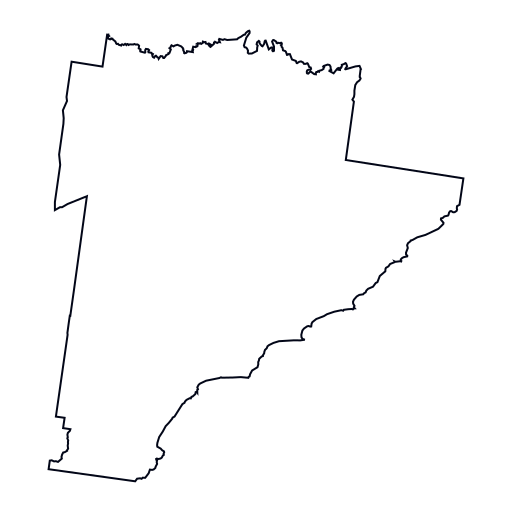 Surf Coast, Victoria, Australia (Equal Earth projection)
{"feature_id": "25037944B61768543919434", "entity_name": "Surf Coast", "entity_type": "district", "adm_level": 2, "iso_a3": "AUS", "parent_name": "Australia", "parent_adm1": "Victoria", "projection": "equal_earth", "projection_center": [144.106, -38.34], "detail": "fine", "context": "isolated", "style": "outline", "palette": "ink", "viewbox_px": 512, "rotation_deg": 0, "n_neighbors": 0, "source": "geoboundaries", "source_scale": "gbopen_adm2", "svg_char_len": 5802}
<svg xmlns="http://www.w3.org/2000/svg" viewBox="0 0 512 512"><path d="M135.2,481.3L137.1,478.7L140.1,478.3L141.6,478.8L142.7,477.7L145.2,477.8L148.7,473.2L149.9,469.6L152.1,469.9L153.6,469.5L155.3,468.0L155.7,466.5L157.1,463.9L156.7,462.1L157.2,459.9L156.3,459.8L156.1,459.0L156.8,458.6L157.1,459.1L159.0,458.9L160.6,458.5L161.8,457.6L162.8,455.6L163.8,454.9L163.6,453.7L164.2,452.2L163.9,451.3L162.2,450.3L160.7,448.6L157.3,446.7L157.1,445.0L157.4,442.8L159.2,437.0L162.8,431.5L165.7,426.1L168.7,423.0L172.2,418.7L172.6,417.6L174.5,416.6L182.4,404.1L184.5,402.8L185.0,401.5L186.5,399.9L189.7,398.2L190.8,398.4L191.5,396.8L192.6,396.5L195.3,394.1L195.7,392.1L196.8,391.9L197.3,392.6L197.2,390.0L198.0,389.3L197.3,387.3L198.7,384.7L200.2,383.5L206.1,380.7L219.5,378.0L221.0,377.3L221.8,377.7L233.1,377.5L240.7,377.1L248.3,377.8L248.6,376.9L249.6,376.4L250.1,374.2L252.1,370.5L257.5,367.2L258.3,364.3L258.2,362.1L258.9,360.5L259.2,358.8L261.8,356.4L262.9,356.1L263.0,355.2L264.2,353.2L264.3,352.0L265.0,349.9L266.7,348.3L267.5,346.3L269.0,345.1L273.5,342.9L279.0,341.2L294.2,340.3L300.3,340.4L304.8,339.7L302.5,338.9L301.5,337.3L301.3,334.8L302.4,330.5L304.0,328.5L307.2,326.3L308.6,326.0L310.3,326.6L311.2,326.5L311.6,323.6L312.4,322.1L316.3,319.0L323.9,316.1L327.0,314.2L334.3,311.7L341.3,310.2L343.2,310.7L343.8,309.8L348.3,309.2L351.9,309.0L352.9,309.4L353.8,308.5L354.8,308.4L353.8,307.2L354.5,305.9L353.2,303.7L353.0,301.8L353.9,299.7L356.7,296.5L359.3,294.9L363.2,294.3L364.1,293.2L365.6,292.4L366.3,290.6L368.1,288.8L373.0,286.7L375.7,283.0L377.4,282.2L379.8,276.0L385.3,271.3L385.5,268.8L386.0,267.8L388.4,266.4L390.1,264.0L394.5,262.2L395.0,261.8L394.8,261.5L395.5,261.8L400.5,261.2L401.1,261.5L401.3,261.1L400.8,260.8L400.8,259.4L402.0,258.1L403.6,257.2L407.2,256.4L407.3,255.7L406.1,254.5L406.0,252.7L407.8,248.0L407.1,245.2L408.0,243.2L410.6,241.1L410.7,240.5L412.5,240.0L417.3,237.3L425.5,234.9L438.4,228.8L443.3,224.0L443.5,222.8L440.9,219.7L441.0,218.4L442.8,217.9L444.4,216.4L448.0,215.6L448.5,214.9L449.1,212.5L450.3,211.1L451.4,211.1L452.7,212.1L453.8,212.3L454.8,212.1L456.6,210.9L457.1,209.5L456.8,208.2L457.0,206.2L459.5,204.8L463.4,178.4L345.8,160.0L353.9,101.6L352.4,99.6L354.0,96.8L354.4,94.2L354.4,90.6L355.3,85.0L357.1,82.2L359.4,80.5L360.6,78.6L360.1,77.3L359.8,77.2L359.7,76.2L360.6,69.3L360.9,69.1L359.5,65.9L355.5,66.4L345.6,69.3L345.3,69.2L345.4,68.6L347.1,66.2L346.1,63.5L345.4,63.1L343.9,64.1L341.8,64.8L341.9,65.9L341.4,67.4L341.0,67.9L340.4,67.6L339.8,68.2L340.1,68.6L340.0,70.0L338.1,69.7L338.6,68.2L338.3,68.0L337.3,68.6L333.6,73.3L329.4,71.0L329.6,70.4L330.9,70.5L331.3,70.1L330.7,68.6L330.5,66.5L329.5,65.0L327.6,64.6L323.6,66.0L323.2,66.6L324.1,67.2L323.6,68.0L323.5,68.9L321.7,70.1L319.4,70.7L319.1,71.7L318.1,71.2L317.6,71.9L316.3,72.0L315.8,73.0L315.9,74.3L314.2,74.1L310.9,71.7L309.8,72.0L308.3,73.6L307.3,73.5L306.9,73.1L306.8,71.5L307.2,70.4L308.5,69.7L310.3,69.8L311.1,68.9L310.7,67.5L309.3,67.1L307.8,63.6L307.2,63.2L305.7,63.9L304.0,63.9L303.0,62.4L301.0,61.4L299.2,61.8L297.1,63.2L296.7,63.1L295.8,60.9L292.0,59.5L289.9,54.1L288.3,54.1L287.7,54.8L287.0,54.9L285.9,51.8L285.3,51.1L283.0,50.3L282.5,47.7L281.6,46.8L281.6,45.8L281.0,45.2L281.8,44.2L281.8,43.3L281.1,42.7L279.9,43.2L278.5,42.8L277.2,43.3L276.5,42.9L276.3,41.7L273.7,40.0L272.9,40.2L272.1,41.6L274.0,46.5L274.0,50.7L273.7,51.1L272.8,51.2L272.3,50.5L272.6,48.1L272.0,47.4L271.0,47.6L268.8,49.4L265.7,40.6L265.2,40.6L264.7,41.2L264.1,44.0L262.5,46.3L261.8,46.0L260.3,44.2L259.5,43.0L259.5,41.5L258.8,40.9L257.1,42.3L256.6,44.3L257.7,45.6L257.2,47.4L257.0,50.9L251.9,53.5L248.7,53.6L247.8,52.8L248.0,50.6L247.0,48.5L246.0,47.5L244.6,47.2L243.9,45.5L246.3,37.7L249.6,33.0L249.6,31.3L249.2,30.7L247.9,31.2L245.8,33.0L245.0,34.6L243.7,34.8L240.9,36.8L238.3,38.1L237.1,39.3L227.2,40.0L224.5,39.2L222.9,39.9L219.3,38.9L218.9,39.7L219.9,42.2L218.8,42.0L217.2,43.0L215.0,41.8L214.6,42.6L214.0,42.6L213.9,43.9L210.5,46.9L209.9,46.5L209.7,45.0L210.4,44.4L209.1,43.6L208.7,45.0L208.0,44.0L205.9,43.5L205.5,42.0L203.7,42.3L203.7,41.9L202.9,41.6L202.6,43.0L201.2,43.9L200.2,43.2L199.7,43.6L197.8,43.2L197.0,43.8L197.8,44.1L197.4,46.1L196.7,46.2L196.5,46.7L195.8,46.5L195.4,47.1L193.2,46.7L192.5,49.4L192.9,49.2L193.2,49.7L192.6,51.2L192.8,52.1L187.0,51.2L186.9,52.2L186.3,52.8L184.5,53.3L184.1,53.0L184.1,51.6L183.3,50.5L183.4,49.2L182.9,48.8L182.9,48.1L181.2,46.4L177.4,44.8L174.7,45.6L173.5,46.4L171.5,45.3L170.7,46.5L170.5,47.6L169.5,48.2L170.8,49.5L169.5,52.9L168.4,53.2L168.5,54.0L165.9,55.3L165.7,56.1L164.1,58.0L163.3,58.0L162.4,56.3L160.6,56.1L158.7,58.8L158.4,57.7L157.4,57.3L156.0,55.7L155.4,55.8L154.1,57.7L152.9,57.0L152.3,55.7L152.9,54.1L151.9,53.9L151.5,52.8L148.5,52.3L148.3,51.4L149.1,50.1L148.1,49.2L145.9,48.9L145.2,50.1L145.3,52.3L144.9,52.7L140.4,51.5L140.1,50.9L140.6,49.9L140.5,49.3L138.7,48.4L139.1,45.8L138.2,44.8L137.2,44.4L135.9,44.6L134.3,44.0L133.4,44.5L129.8,44.4L128.5,45.0L127.7,44.0L126.8,44.2L126.3,45.0L125.1,43.9L123.7,45.0L122.1,44.3L121.3,44.8L121.1,45.5L118.8,44.8L118.0,43.8L116.8,44.0L116.2,43.5L115.4,41.5L112.8,39.4L112.5,38.7L111.2,38.4L110.9,38.7L111.2,39.0L110.1,39.4L108.5,38.7L107.9,37.7L108.1,36.6L109.1,36.0L108.5,35.4L108.4,34.5L108.0,34.5L107.5,35.1L107.1,34.9L102.5,66.6L71.6,61.7L66.5,97.0L67.0,101.0L62.9,110.3L63.7,118.2L63.4,123.9L59.1,154.5L60.2,164.9L54.9,202.0L54.9,210.1L60.0,207.2L62.1,207.2L67.6,204.0L86.9,196.2L74.0,289.7L70.3,315.8L69.8,315.7L68.8,322.6L67.4,332.9L67.6,334.8L55.9,416.6L64.6,417.8L63.1,428.1L70.4,429.2L69.9,430.8L67.9,432.8L67.4,434.7L67.8,437.3L67.3,438.2L68.2,440.5L67.9,442.1L68.1,443.3L67.7,445.6L68.1,448.7L67.0,450.3L67.1,450.8L64.7,452.2L63.2,452.5L62.1,454.6L61.5,456.9L61.8,458.6L58.0,461.9L55.9,461.2L54.0,461.4L51.7,460.3L49.8,460.6L48.6,469.2L135.2,481.3Z" fill="none" stroke="#020617" stroke-width="2"/></svg>